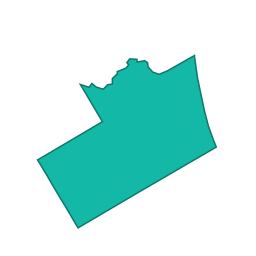 the district of Walton, Florida, United States of America, rotated 239°
{"feature_id": "52423323B98740457076881", "entity_name": "Walton", "entity_type": "district", "adm_level": 2, "iso_a3": "USA", "parent_name": "United States of America", "parent_adm1": "Florida", "projection": "mercator", "projection_center": [-86.07, 30.632], "detail": "fine", "context": "isolated", "style": "filled", "palette": "teal", "viewbox_px": 256, "rotation_deg": 239, "n_neighbors": 0, "source": "geoboundaries", "source_scale": "gbopen_adm2", "svg_char_len": 742}
<svg xmlns="http://www.w3.org/2000/svg" viewBox="0 0 256 256"><g transform="rotate(239 128 128)"><path d="M113.2,33.9L101.7,33.8L97.7,33.9L90.3,33.9L86.9,33.9L73.4,33.7L72.4,33.7L71.3,33.7L68.1,33.8L67.5,102.7L66.2,193.9L73.6,195.0L88.2,197.9L105.3,203.0L134.9,213.3L155.0,221.8L155.9,222.3L156.2,211.2L156.7,191.1L158.0,182.3L163.2,178.0L170.0,176.7L173.8,178.4L177.1,177.0L179.8,169.9L182.3,171.0L186.4,165.0L184.6,160.7L181.8,161.1L180.4,157.2L181.9,147.8L180.0,146.9L178.4,140.0L173.8,137.3L175.5,132.8L174.0,126.8L179.5,121.8L184.8,120.0L182.9,115.7L189.8,109.6L146.6,109.3L147.2,34.0L143.3,34.1L142.4,34.1L128.9,34.1L118.6,33.9L117.2,33.9L115.8,33.9L114.7,33.9L113.2,33.9Z" fill="#14b8a6" stroke="#0f766e" stroke-width="1.5"/></g></svg>